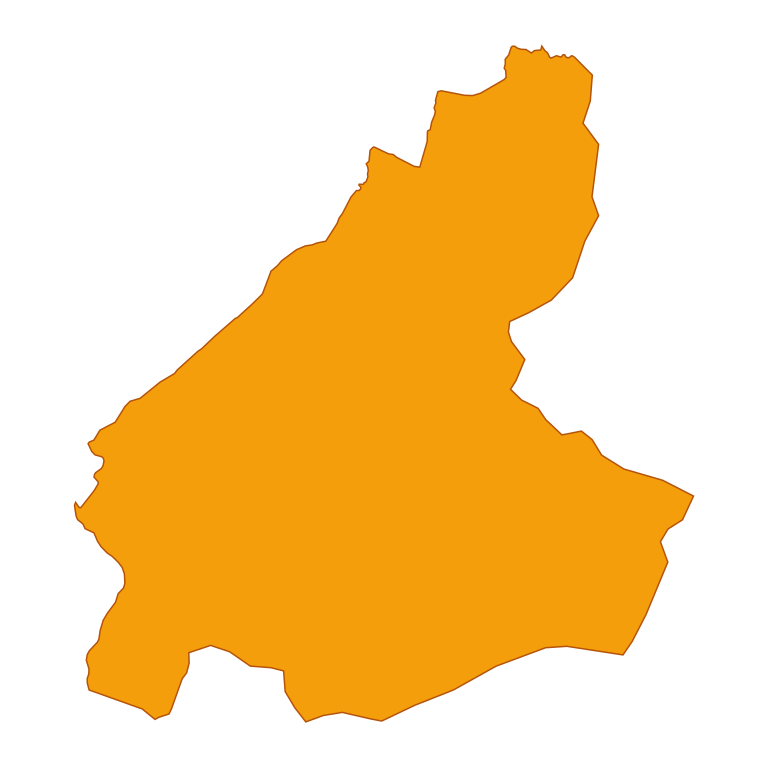 outline of Manyu, Sud-Ouest, Cameroon
{"feature_id": "32672807B1261524164639", "entity_name": "Manyu", "entity_type": "district", "adm_level": 2, "iso_a3": "CMR", "parent_name": "Cameroon", "parent_adm1": "Sud-Ouest", "projection": "albers", "projection_center": [9.296, 5.93], "detail": "fine", "context": "isolated", "style": "filled", "palette": "amber", "viewbox_px": 768, "rotation_deg": 0, "n_neighbors": 0, "source": "geoboundaries", "source_scale": "gbopen_adm2", "svg_char_len": 2790}
<svg xmlns="http://www.w3.org/2000/svg" viewBox="0 0 768 768"><path d="M572.4,55.9L571.4,55.8L569.2,57.7L566.4,57.5L564.6,54.8L563.1,54.7L561.1,57.1L557.4,56.0L556.5,55.7L551.1,58.1L549.6,57.2L547.5,52.8L544.9,50.7L541.8,46.1L540.8,50.0L537.3,50.3L534.4,50.6L531.4,53.0L526.0,49.5L521.1,49.3L517.3,48.1L514.7,46.2L512.2,46.3L511.1,47.5L508.7,55.0L505.2,59.3L505.3,64.1L504.2,68.1L505.7,70.5L506.1,77.4L505.2,78.4L504.2,79.5L493.9,85.5L480.6,93.2L472.6,95.6L464.5,95.3L456.8,93.8L441.4,90.8L437.9,91.6L435.9,98.8L435.5,100.4L435.9,103.0L434.1,107.8L435.4,111.4L434.7,114.7L431.7,122.1L430.2,129.7L427.9,130.7L427.5,131.7L427.4,132.0L427.3,137.2L427.2,141.5L419.8,167.1L414.2,166.4L396.7,157.4L393.2,154.5L388.7,153.9L382.7,151.1L374.7,147.2L373.3,147.1L370.1,150.2L369.0,161.2L366.2,163.8L367.6,166.6L368.3,170.4L367.5,174.0L367.9,177.0L366.0,181.8L363.9,183.0L363.6,183.5L363.2,184.4L359.2,184.2L358.9,185.2L360.7,187.0L360.8,188.4L359.4,190.4L356.4,190.6L351.0,197.0L342.4,213.6L339.2,217.9L337.1,223.5L325.8,241.2L319.8,242.4L316.5,243.1L312.2,244.9L305.4,245.9L296.5,249.7L281.7,260.7L277.4,265.7L271.0,271.2L266.5,283.2L262.4,294.0L252.9,303.4L237.1,317.8L235.4,318.3L218.2,333.3L214.7,336.3L201.6,348.8L198.0,351.2L177.4,369.8L174.6,373.5L169.5,376.5L164.7,379.4L160.1,382.1L140.1,398.3L130.0,401.3L125.0,406.5L115.2,422.2L99.9,430.2L94.0,440.0L89.1,442.2L88.1,443.7L91.7,451.4L95.1,454.9L101.9,456.8L103.3,458.3L104.0,460.9L103.1,465.5L101.5,468.4L95.6,472.7L94.5,474.4L94.0,477.1L98.2,481.9L98.0,484.2L94.1,490.7L80.8,507.7L79.0,507.3L75.6,502.4L74.5,505.2L75.1,509.3L76.1,516.0L77.5,519.5L77.9,519.9L82.9,523.9L85.1,528.7L94.0,532.9L97.6,541.4L101.1,546.7L107.1,552.9L112.2,556.4L117.9,561.9L118.5,562.6L122.2,567.5L124.4,573.9L124.9,583.5L123.5,588.0L118.2,593.6L115.5,602.3L107.4,613.2L103.2,620.3L102.0,624.3L100.2,630.3L98.9,639.1L97.4,642.2L89.4,650.7L87.3,654.5L86.3,660.1L89.0,669.0L88.8,673.9L87.2,678.6L87.3,683.1L89.1,690.0L142.3,709.0L155.0,719.4L158.8,717.3L169.0,714.0L171.4,709.0L182.2,678.7L186.6,672.9L189.1,663.2L188.8,652.7L210.7,645.4L213.6,646.4L229.7,651.8L235.5,655.8L250.3,666.1L271.0,667.7L283.6,670.9L285.2,691.6L294.7,707.6L305.8,721.9L323.3,715.5L342.3,712.4L371.1,719.0L378.9,720.5L381.8,721.0L414.9,705.2L453.3,690.0L496.2,666.1L545.7,647.7L566.8,646.3L623.0,654.9L632.2,641.4L646.0,614.6L648.0,609.8L667.8,562.1L660.4,541.7L668.0,529.0L682.5,519.8L693.5,496.1L662.7,480.3L623.8,469.0L601.6,455.1L592.2,439.7L581.4,431.1L561.9,434.9L545.7,419.6L538.0,408.3L521.6,400.1L510.5,389.3L516.1,380.4L524.8,359.5L511.5,341.7L508.4,332.0L509.7,321.5L528.3,312.9L551.3,300.1L572.6,277.8L584.8,241.2L598.6,215.7L592.0,196.8L598.6,144.4L583.0,123.2L590.3,100.9L592.3,75.1L584.1,66.9L574.5,57.2L572.4,55.9Z" fill="#f59e0b" stroke="#b45309" stroke-width="1.5"/></svg>